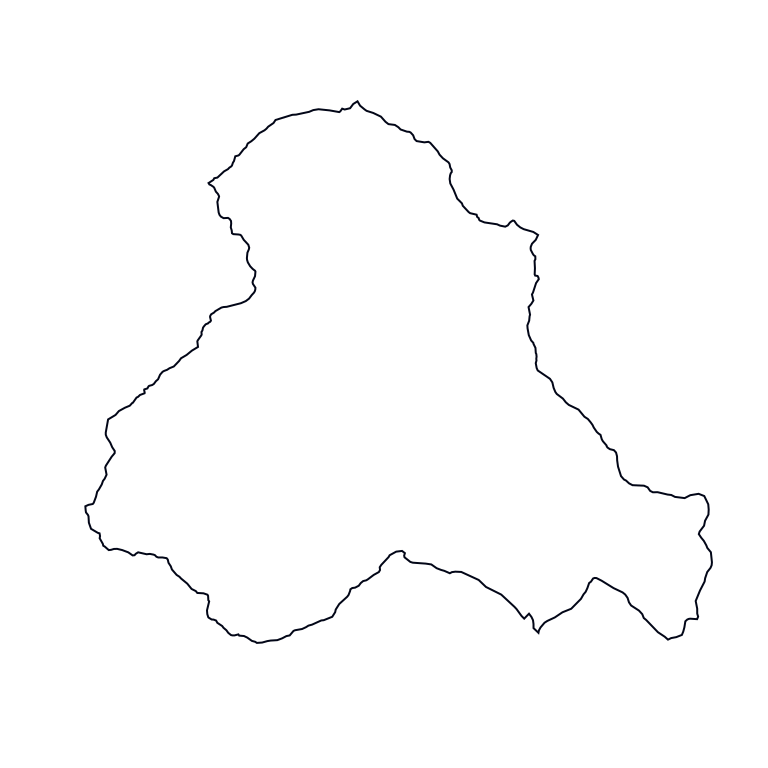 Sombey, Ha, Bhutan (Mercator projection), rotated 174°
{"feature_id": "84629894B88569366969401", "entity_name": "Sombey", "entity_type": "district", "adm_level": 2, "iso_a3": "BTN", "parent_name": "Bhutan", "parent_adm1": "Ha", "projection": "mercator", "projection_center": [89.094, 27.205], "detail": "fine", "context": "isolated", "style": "outline", "palette": "ink", "viewbox_px": 768, "rotation_deg": 174, "n_neighbors": 0, "source": "geoboundaries", "source_scale": "gbopen_adm2", "svg_char_len": 6138}
<svg xmlns="http://www.w3.org/2000/svg" viewBox="0 0 768 768"><g transform="rotate(174 384 384)"><path d="M174.0,310.8L175.8,312.3L177.4,314.1L179.9,318.7L180.9,321.5L182.5,324.3L184.9,327.9L188.1,330.5L193.2,338.2L202.4,343.9L205.1,346.8L207.6,350.8L213.2,356.0L214.4,358.1L215.7,362.4L216.4,368.0L218.4,371.8L229.7,381.4L230.5,383.9L230.9,388.9L229.9,391.4L229.9,393.1L229.4,395.3L229.4,397.9L229.8,399.0L229.6,404.1L231.1,408.2L231.2,409.3L233.1,411.9L234.9,417.5L235.4,424.3L235.3,427.3L233.0,431.8L232.1,436.2L231.5,437.6L232.2,445.4L229.1,448.3L226.7,451.4L227.5,457.6L226.3,459.3L222.2,468.5L219.1,472.1L219.3,473.8L220.0,475.4L222.3,476.0L222.7,477.3L221.8,483.3L221.4,490.7L220.4,492.3L220.2,495.2L221.6,496.4L222.4,497.9L224.0,502.0L224.0,503.6L223.7,505.1L222.1,508.1L218.0,511.5L215.2,516.1L219.6,519.6L228.9,523.4L232.1,525.5L235.1,528.5L237.4,532.6L238.8,533.1L240.6,532.2L242.0,531.3L244.3,528.8L247.0,527.8L252.1,529.4L254.8,531.0L267.2,534.2L271.5,536.5L272.2,537.4L272.5,539.1L273.9,540.5L274.2,542.7L280.5,544.9L281.9,546.2L287.0,553.0L287.6,555.5L291.8,560.7L294.5,570.0L297.1,576.5L297.3,581.0L296.5,584.5L295.6,586.6L294.5,587.7L294.3,589.5L295.5,592.4L295.8,595.9L296.7,597.7L301.8,602.3L304.8,606.3L306.2,609.7L312.8,619.0L314.5,620.2L318.6,620.1L326.2,622.2L328.0,624.4L329.0,628.3L331.2,631.3L332.4,632.1L334.9,632.6L340.9,635.4L342.9,637.9L346.1,640.5L352.4,642.0L355.1,644.6L359.1,650.2L366.4,654.7L372.8,657.5L374.7,659.2L378.7,663.3L380.8,667.9L385.3,665.7L388.9,661.8L394.4,661.1L396.8,662.2L399.0,659.7L400.1,659.1L409.5,661.8L420.4,664.1L425.7,663.8L430.0,662.5L443.2,661.1L447.0,661.3L464.3,657.9L466.6,655.1L472.3,652.0L474.2,650.2L476.3,648.8L481.8,646.5L487.3,641.5L490.6,639.3L494.4,637.4L496.3,633.9L499.0,632.2L503.9,627.1L504.9,626.5L508.1,626.0L509.9,621.4L511.1,619.9L512.3,617.3L513.1,616.4L515.2,615.3L516.7,614.0L520.8,612.2L528.1,606.7L531.3,606.4L532.4,604.8L537.5,602.2L536.8,600.7L535.5,600.0L532.9,597.8L532.3,596.8L531.1,592.9L529.3,590.4L528.5,588.3L528.4,587.6L530.7,582.5L530.5,571.8L529.9,569.4L528.7,567.5L526.2,565.7L521.8,565.5L520.3,564.3L519.1,562.1L519.2,559.5L520.0,555.8L519.4,552.6L519.4,549.8L518.2,548.8L513.1,547.9L511.4,547.4L510.5,546.6L508.4,542.0L504.4,536.7L503.8,533.6L504.4,531.9L506.1,528.9L507.2,523.5L507.2,521.7L506.7,519.2L504.8,515.1L502.6,512.2L500.4,510.1L500.1,509.2L501.0,504.7L503.5,500.6L504.1,498.9L503.9,497.2L501.8,493.2L502.1,491.5L502.7,489.9L503.7,488.5L506.2,486.3L509.3,483.0L512.8,480.9L517.9,479.3L532.3,477.2L535.6,477.3L537.7,477.0L544.1,474.1L545.6,472.8L548.6,471.4L549.7,469.9L550.0,468.9L549.5,465.1L550.3,464.1L552.1,463.3L552.6,462.7L555.1,462.0L557.3,459.9L558.1,458.9L559.0,456.2L560.1,454.8L560.2,452.2L560.6,451.5L564.8,446.7L565.2,445.8L565.1,440.3L571.5,437.3L577.3,433.5L583.2,430.8L585.4,428.3L591.2,423.4L595.7,422.1L598.2,420.8L601.3,420.0L602.9,419.3L605.7,416.7L608.2,412.3L610.6,410.6L612.9,408.1L614.7,407.2L617.8,406.7L618.5,406.2L619.8,404.3L622.9,403.7L623.2,403.1L622.9,400.6L623.1,399.8L627.8,398.6L630.0,396.9L631.5,396.4L635.7,391.6L636.4,391.4L639.1,389.0L644.1,387.5L650.5,384.8L654.2,381.3L662.1,377.6L665.8,364.8L666.0,362.6L665.3,359.9L662.4,354.3L660.9,349.5L658.8,345.5L659.1,343.4L662.4,340.2L669.1,331.9L670.0,330.1L669.4,322.8L671.7,319.0L673.6,317.0L675.2,313.6L678.6,308.9L680.5,306.9L682.2,302.0L685.1,296.2L686.2,295.1L690.5,294.7L693.8,293.6L693.9,289.5L693.8,287.4L692.1,284.7L691.7,283.3L692.0,276.9L690.5,270.6L684.2,265.9L682.5,265.2L682.3,262.4L682.9,260.3L680.3,254.3L680.1,252.5L678.8,251.6L675.1,247.6L672.8,247.6L669.7,248.2L666.5,247.9L661.7,246.2L655.9,243.3L651.9,239.8L650.0,239.8L648.6,241.1L646.1,242.3L637.9,239.5L634.6,239.5L631.0,238.4L629.7,237.7L628.4,236.0L626.7,235.1L622.3,234.6L618.4,233.5L617.4,232.0L617.0,228.7L615.1,225.0L614.3,221.7L610.2,215.8L607.6,213.7L606.1,211.7L600.5,206.0L596.8,200.3L592.8,197.7L591.5,195.7L585.4,194.7L581.6,192.9L581.1,191.7L581.3,187.3L580.6,186.1L583.7,177.4L583.8,173.6L583.1,170.3L582.6,169.8L580.0,167.8L578.1,167.5L575.7,166.3L574.7,163.9L570.2,160.2L569.1,158.3L566.5,155.6L564.9,152.8L562.4,150.3L560.9,149.8L559.0,149.6L555.0,150.2L554.3,148.9L549.6,148.0L546.5,146.1L542.2,142.3L539.1,141.1L537.5,139.8L532.2,139.6L526.9,140.5L523.5,140.7L516.9,140.4L511.9,141.7L507.4,143.5L504.1,143.8L499.8,147.9L498.2,148.4L491.1,148.9L487.0,150.3L484.4,151.6L480.7,152.2L471.1,155.4L468.6,155.4L459.8,157.9L456.4,162.2L455.6,164.7L451.5,169.9L442.8,176.3L441.3,177.9L439.3,181.8L438.9,183.3L436.9,184.4L434.0,184.5L430.2,186.0L427.9,188.5L425.3,190.2L422.2,190.6L420.5,191.4L414.2,195.2L408.8,197.5L407.4,199.4L407.4,202.2L405.6,204.4L397.5,211.4L396.3,213.1L389.4,216.0L383.5,216.1L380.9,213.6L381.9,211.2L381.7,209.5L376.4,204.3L374.1,203.3L361.2,201.0L355.8,199.6L350.9,195.3L346.6,193.1L343.6,191.9L338.3,188.9L336.1,189.8L332.6,189.9L326.8,189.0L310.3,179.2L303.8,171.5L289.4,162.3L277.5,148.7L275.7,146.3L271.5,139.0L269.1,136.0L263.8,140.4L261.7,136.9L260.5,133.5L260.4,129.7L260.8,125.6L256.4,120.4L255.7,122.7L253.8,125.5L249.3,129.8L246.3,131.3L238.5,134.0L230.4,138.3L221.3,140.9L210.6,149.7L207.5,154.0L205.2,156.2L203.1,159.7L200.8,164.6L198.8,165.8L196.4,168.7L194.9,169.1L193.0,168.8L188.1,165.6L177.0,157.0L168.5,151.8L166.1,149.4L164.1,145.8L163.2,141.3L161.4,137.9L154.1,132.0L151.2,128.1L150.1,124.1L148.0,122.0L137.5,108.5L131.2,103.3L128.3,100.1L124.9,101.3L119.8,101.7L114.0,103.3L112.3,106.4L110.7,110.6L109.1,116.5L107.1,118.0L105.6,118.5L104.1,118.6L97.2,117.4L95.9,119.8L96.5,122.9L96.0,127.8L96.7,135.6L91.3,145.6L85.8,154.0L84.9,157.3L82.2,163.2L78.5,167.0L77.1,169.5L76.5,172.4L76.5,182.5L79.6,187.2L80.3,189.8L82.3,194.5L84.6,198.0L86.6,201.8L85.5,204.3L80.5,209.6L79.0,214.4L75.0,220.2L74.2,225.3L74.1,230.5L77.2,239.1L82.6,241.9L91.0,241.4L96.9,239.1L106.4,241.3L109.9,243.6L113.5,244.4L123.2,247.8L127.9,248.2L130.5,249.9L132.6,253.7L136.1,255.7L147.4,257.4L150.7,259.6L153.4,262.7L155.3,263.9L157.9,267.6L159.9,277.4L160.1,283.7L159.8,287.8L160.4,291.6L162.3,294.2L166.2,295.6L168.3,297.4L169.0,298.6L169.1,299.6L172.3,304.2L173.2,306.3L174.0,310.8Z" fill="none" stroke="#020617" stroke-width="2"/></g></svg>